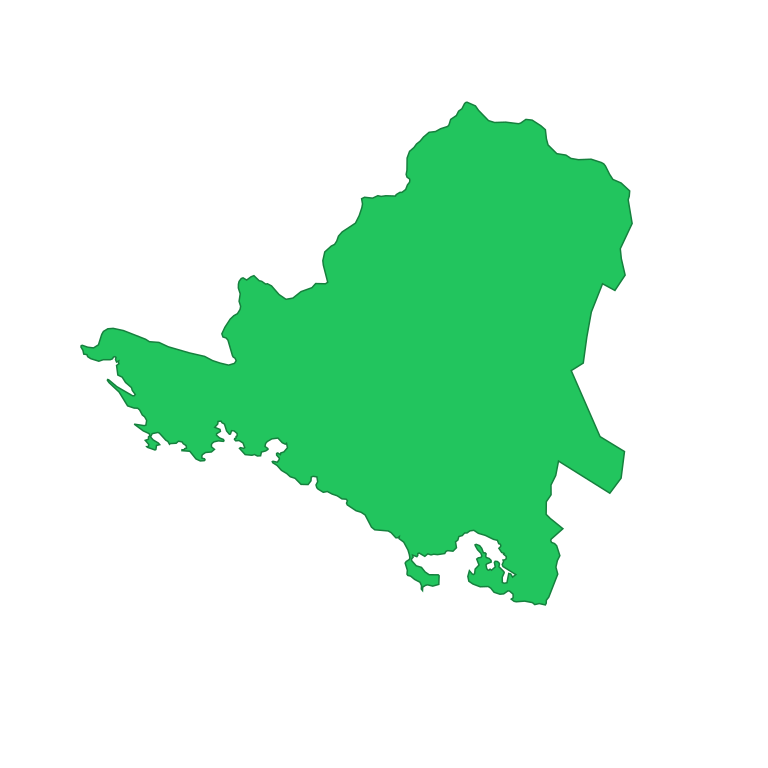 Moho, Puno, Peru (Natural Earth projection), rotated 346°
{"feature_id": "86281439B65851578200644", "entity_name": "Moho", "entity_type": "district", "adm_level": 2, "iso_a3": "PER", "parent_name": "Peru", "parent_adm1": "Puno", "projection": "natural_earth1", "projection_center": [-69.471, -15.35], "detail": "fine", "context": "isolated", "style": "filled", "palette": "green", "viewbox_px": 768, "rotation_deg": 346, "n_neighbors": 0, "source": "geoboundaries", "source_scale": "gbopen_adm2", "svg_char_len": 6168}
<svg xmlns="http://www.w3.org/2000/svg" viewBox="0 0 768 768"><g transform="rotate(346 384 384)"><path d="M116.4,276.9L110.9,278.7L105.4,276.6L100.7,273.5L99.5,273.5L98.9,274.8L100.0,278.5L99.9,282.4L102.8,283.6L103.1,285.8L105.6,288.5L112.8,292.9L117.5,292.5L124.3,294.2L126.6,293.9L128.0,292.4L129.6,292.4L130.4,293.3L129.4,295.4L129.8,298.0L132.1,297.5L131.5,298.4L131.7,300.2L129.0,301.3L127.9,310.9L131.6,314.0L133.6,320.0L138.1,326.4L138.2,329.3L140.1,334.0L138.6,335.0L137.2,334.6L124.1,321.9L117.8,313.2L116.9,312.8L116.5,313.6L117.6,316.3L125.0,327.7L129.9,343.2L135.7,346.9L139.1,347.9L140.6,350.0L142.0,355.6L143.8,357.9L144.9,361.9L143.0,366.3L141.3,366.4L131.9,362.5L139.0,371.2L144.2,375.4L144.2,377.7L142.7,378.3L142.1,380.6L138.7,380.9L141.1,385.7L140.2,387.7L138.7,387.4L139.1,388.2L145.8,392.6L146.8,392.4L148.4,388.6L151.7,388.6L150.8,386.7L146.5,382.4L144.7,378.9L147.1,376.1L152.9,376.3L154.2,377.4L158.7,385.8L160.4,387.4L161.3,390.6L162.2,390.1L168.0,391.2L170.7,389.8L174.0,391.3L174.8,393.4L177.1,395.9L176.8,398.5L175.0,398.5L174.0,399.4L172.1,398.9L171.8,399.8L179.3,402.3L183.4,411.2L187.1,414.2L191.1,414.9L192.0,414.3L191.7,413.1L189.5,412.0L189.8,409.8L190.7,408.6L194.3,407.3L200.1,408.2L203.7,406.4L201.4,403.3L201.9,401.0L203.0,399.9L205.1,399.0L209.6,399.1L214.2,400.8L215.0,400.4L214.8,399.0L211.4,396.5L209.1,393.2L209.5,391.8L213.8,390.4L213.9,388.4L209.3,385.1L213.0,382.6L213.9,380.2L216.9,380.6L217.4,382.3L219.5,384.3L219.9,391.4L221.8,395.3L222.9,395.4L224.8,392.4L227.2,393.2L229.5,396.5L229.0,398.8L227.8,399.1L227.4,400.6L225.9,400.8L225.5,401.7L226.4,403.3L229.7,403.8L232.9,407.1L233.5,412.1L232.2,412.5L229.3,411.0L228.2,411.5L232.2,418.9L238.6,421.2L241.3,421.1L243.7,423.2L246.9,423.8L248.6,420.4L253.1,420.3L255.6,419.4L255.7,418.5L253.4,415.8L254.7,413.1L256.8,411.6L261.9,410.1L268.0,410.8L271.1,416.4L273.7,418.5L275.1,417.9L274.9,422.5L270.4,425.7L267.2,425.9L266.4,427.4L264.2,425.2L263.0,425.4L262.6,427.0L264.5,430.7L264.1,431.8L261.6,434.1L257.6,432.1L256.8,432.3L257.0,433.5L260.5,437.1L263.6,443.0L268.0,447.4L270.6,451.3L274.9,454.0L279.2,461.3L286.0,463.2L289.7,460.3L290.9,456.7L292.8,456.4L296.4,457.9L296.0,462.8L293.6,465.5L293.7,468.3L294.5,469.9L298.9,474.4L303.0,474.6L307.0,478.2L311.5,481.1L315.4,485.3L319.4,486.6L320.3,488.4L318.8,490.5L319.1,492.4L326.2,500.2L330.7,502.9L334.0,506.5L337.2,519.8L339.7,523.2L352.5,527.6L355.0,530.0L358.3,536.1L360.2,536.5L362.0,535.7L361.2,537.7L364.9,542.2L367.1,550.9L367.3,555.5L367.1,558.6L366.2,560.4L362.6,561.6L361.2,562.9L361.6,570.3L360.3,574.1L360.8,575.5L363.3,576.8L366.4,581.0L371.0,585.1L371.6,588.8L370.6,592.0L371.4,593.7L372.4,590.5L375.6,589.4L377.7,589.4L382.4,591.9L388.7,591.7L391.1,583.4L390.5,582.3L381.7,580.0L378.4,576.3L376.0,571.0L371.3,568.2L368.1,562.1L368.4,560.4L370.3,559.2L370.3,556.9L374.1,559.5L375.3,558.5L375.8,556.7L377.2,556.5L381.9,561.1L385.4,559.4L388.3,561.2L391.1,561.2L394.6,562.5L401.9,563.2L403.7,561.4L405.5,561.1L410.5,562.9L414.7,560.4L415.2,554.5L417.9,553.3L419.7,550.1L423.3,550.0L426.1,548.1L428.6,548.6L431.8,547.3L435.8,547.7L439.4,551.7L445.7,555.4L452.6,561.2L456.2,563.1L456.7,566.7L458.1,567.6L458.3,568.8L457.8,570.0L455.7,571.2L457.4,575.9L459.6,577.5L458.9,578.2L460.9,580.9L460.3,583.1L458.5,583.9L456.9,583.6L457.0,585.3L455.0,587.8L455.3,589.9L465.8,600.8L462.0,602.5L461.0,599.0L459.2,598.0L455.2,606.6L452.3,606.4L450.8,605.2L452.0,600.1L455.0,596.2L454.9,595.0L451.3,589.1L452.5,586.5L452.2,585.1L451.0,583.6L449.0,582.9L447.9,583.9L447.7,588.4L443.2,590.7L442.1,589.3L440.6,590.1L439.8,589.6L439.0,588.0L439.2,584.2L440.3,583.4L444.9,582.7L445.2,581.0L443.8,578.7L441.3,577.1L441.0,575.7L442.0,573.5L441.3,572.3L439.6,571.8L439.1,567.1L437.7,564.0L434.7,561.9L433.5,562.0L433.4,562.9L434.7,567.5L437.1,571.7L437.3,574.6L436.1,575.7L433.4,575.5L431.6,576.3L432.4,582.6L427.7,585.6L426.0,590.0L424.7,590.5L423.7,589.8L421.7,585.8L418.8,591.0L418.6,595.9L421.9,599.6L428.2,604.0L436.1,605.7L438.2,607.9L440.4,612.7L445.6,616.0L449.4,616.6L454.3,614.7L455.8,615.4L458.4,619.1L457.6,622.7L455.4,623.5L457.6,626.3L459.6,627.3L467.9,628.7L475.1,632.0L476.9,634.5L481.5,634.6L487.1,637.4L488.4,635.9L489.2,633.1L492.3,630.7L506.6,610.5L506.5,603.3L509.5,597.3L513.1,593.1L512.4,582.7L510.9,580.1L508.2,578.2L507.9,576.1L508.8,574.9L522.6,567.7L512.8,554.7L509.8,549.7L513.0,537.5L519.3,531.9L521.6,522.4L528.5,514.3L534.7,501.0L576.7,544.6L591.3,532.7L601.0,507.7L580.9,487.3L568.9,416.3L582.4,411.9L592.2,387.4L602.6,364.3L620.3,339.6L630.7,349.1L644.3,336.7L644.6,319.7L646.0,309.9L663.6,288.3L665.5,264.3L667.4,261.1L669.1,256.1L662.7,246.3L655.6,240.9L653.6,235.1L651.6,226.1L650.5,223.6L648.5,221.7L639.4,216.0L626.9,213.4L619.9,210.3L615.9,205.9L607.4,202.3L601.0,191.7L600.9,185.4L602.1,176.3L598.7,171.4L591.6,163.8L585.7,161.6L579.7,163.9L577.5,164.0L565.5,159.4L554.5,157.0L549.1,153.7L541.9,141.3L540.0,136.3L532.8,130.7L531.7,130.6L530.1,131.3L526.2,135.8L522.4,137.3L519.2,141.0L512.7,143.4L509.8,148.2L508.1,149.5L500.7,150.0L495.1,151.5L488.6,150.7L482.1,153.9L477.8,157.1L473.6,159.0L470.3,161.8L465.1,164.4L461.1,170.3L458.0,182.1L456.2,186.0L456.4,188.9L458.4,191.2L458.4,192.5L457.6,194.4L454.9,196.5L452.1,200.5L447.8,202.4L445.8,201.9L441.6,203.2L440.6,204.4L431.3,201.8L426.6,201.3L423.6,199.8L417.9,200.9L410.3,198.1L407.1,198.8L406.7,204.1L405.2,207.5L400.7,214.6L395.2,221.0L380.2,226.3L375.6,229.5L372.7,233.9L369.8,236.6L366.2,237.4L358.5,241.5L354.5,249.5L353.9,253.9L354.0,271.7L351.4,272.6L342.0,270.0L337.4,273.1L325.8,274.3L316.4,278.6L309.4,278.1L303.8,271.8L298.6,261.6L295.1,258.5L293.4,258.5L290.2,254.8L287.8,253.5L284.0,247.4L280.9,247.8L275.9,249.9L272.9,246.9L271.0,247.1L268.2,249.4L266.9,251.9L265.9,255.6L266.3,261.7L263.4,268.7L263.7,273.9L262.4,276.8L258.8,280.3L254.8,281.4L250.5,283.8L243.3,290.5L238.8,296.1L239.1,299.4L241.9,301.1L243.2,303.7L243.8,319.7L244.2,321.3L245.7,322.9L246.2,325.6L243.9,327.8L237.8,328.1L230.1,324.1L223.3,319.8L216.6,313.8L202.6,306.7L183.7,295.7L175.7,289.2L166.6,286.2L163.5,282.9L144.1,269.1L134.7,264.5L129.4,263.6L124.5,265.1L122.1,267.6L116.4,276.9Z" fill="#22c55e" stroke="#15803d" stroke-width="1.5"/></g></svg>